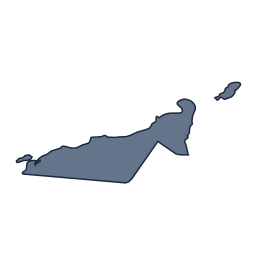 Mindoro Occidental, Equal Earth projection, rotated 95°
{"feature_id": "PHL-2570", "entity_name": "Mindoro Occidental", "entity_type": "Province", "adm_level": 1, "iso_a3": "PHL", "parent_name": "Philippines", "parent_adm1": "", "projection": "equal_earth", "projection_center": [120.676, 13.012], "detail": "fine", "context": "isolated", "style": "filled", "palette": "slate", "viewbox_px": 256, "rotation_deg": 95, "n_neighbors": 0, "source": "natural_earth", "source_scale": "10m", "svg_char_len": 2223}
<svg xmlns="http://www.w3.org/2000/svg" viewBox="0 0 256 256"><g transform="rotate(95 128 128)"><path d="M183.0,228.4L182.7,229.1L181.3,229.1L179.2,226.4L177.9,225.6L172.0,225.6L170.3,224.4L169.0,221.5L168.4,217.8L169.2,214.4L169.7,216.4L170.6,217.6L171.7,217.8L173.1,217.0L172.3,216.5L171.7,216.6L171.1,217.0L170.5,214.7L170.4,214.4L168.5,212.5L167.8,212.8L167.8,215.2L166.3,214.1L164.4,212.0L162.7,209.6L161.6,206.8L159.1,203.8L158.4,203.5L157.8,202.7L153.9,193.6L152.6,192.6L151.7,191.3L151.9,188.3L152.9,183.0L152.8,180.5L152.3,178.0L151.3,175.8L148.8,171.9L147.2,167.5L145.9,165.5L143.8,164.4L141.9,164.4L140.5,163.8L140.0,160.8L139.9,159.4L139.5,157.0L139.3,155.6L139.0,154.1L137.5,150.8L137.6,149.7L138.0,148.8L138.5,148.1L138.8,147.4L138.8,146.2L138.5,140.1L137.7,136.2L136.8,129.1L135.2,125.2L131.0,117.8L128.0,109.7L125.9,106.2L121.4,104.2L119.7,101.4L118.1,100.5L114.9,100.9L113.9,100.2L115.0,97.9L112.5,94.8L110.6,91.2L109.5,87.2L108.7,78.3L108.0,76.2L106.8,75.3L106.1,75.4L104.5,75.9L103.9,76.2L103.1,76.9L102.7,77.6L102.4,78.2L101.9,78.8L100.1,80.9L98.9,81.2L97.4,80.5L96.3,79.2L95.3,77.3L94.5,75.3L94.3,73.2L94.7,70.3L95.7,67.6L97.2,65.4L99.0,63.8L101.2,62.8L103.4,62.6L109.8,64.6L115.5,64.9L116.7,64.7L117.7,64.4L118.7,64.4L120.5,65.9L121.5,66.2L123.3,66.6L126.9,66.5L129.1,67.0L130.4,68.4L131.9,67.3L133.1,68.0L134.8,70.1L136.5,70.3L137.9,69.8L140.7,68.4L149.0,65.9L149.5,65.5L149.6,66.3L150.1,72.5L150.0,75.9L149.4,78.4L138.8,97.1L177.9,119.6L181.4,122.4L182.9,125.5L183.0,228.4ZM90.0,39.3L90.8,39.9L91.5,40.0L92.1,40.5L92.3,41.9L90.7,43.5L90.3,44.1L89.7,43.0L89.1,41.6L88.3,40.3L87.5,39.7L86.1,39.4L85.6,38.5L85.2,37.3L84.6,36.3L83.6,35.4L82.7,34.9L81.6,34.6L80.4,34.5L79.8,34.1L78.7,32.3L75.7,31.1L74.2,28.8L73.3,25.9L73.0,22.8L73.1,21.4L73.5,20.4L74.2,19.9L75.2,19.7L76.6,20.4L78.9,22.0L80.9,23.7L81.3,25.0L82.7,24.5L84.5,25.0L86.4,26.2L87.8,27.5L91.0,34.1L90.6,35.6L89.7,36.6L89.2,37.7L90.0,39.3ZM170.6,231.3L171.7,234.1L172.0,235.5L171.7,236.0L170.8,236.3L169.9,235.7L169.0,234.8L168.1,234.2L167.5,233.0L167.1,231.2L166.2,229.5L164.5,228.3L163.4,224.4L165.3,221.0L167.9,222.4L168.9,225.3L169.6,229.5L170.0,230.5L170.4,231.0L170.6,231.3Z" fill="#64748b" stroke="#1e293b" stroke-width="1.5"/></g></svg>